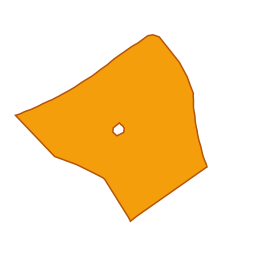 Tuban, Lahij, Yemen (Mercator projection), rotated 52°
{"feature_id": "15242507B16919721159288", "entity_name": "Tuban", "entity_type": "district", "adm_level": 2, "iso_a3": "YEM", "parent_name": "Yemen", "parent_adm1": "Lahij", "projection": "mercator", "projection_center": [44.806, 13.084], "detail": "fine", "context": "isolated", "style": "filled", "palette": "amber", "viewbox_px": 256, "rotation_deg": 52, "n_neighbors": 0, "source": "geoboundaries", "source_scale": "gbopen_adm2", "svg_char_len": 2478}
<svg xmlns="http://www.w3.org/2000/svg" viewBox="0 0 256 256"><g transform="rotate(52 128 128)"><path d="M203.0,183.5L202.9,176.0L203.0,173.4L203.3,166.7L203.8,157.3L205.4,126.4L207.2,90.5L207.4,89.8L206.9,89.5L204.5,88.6L204.4,88.5L201.8,87.9L199.3,87.1L196.7,86.3L194.1,85.2L191.8,84.1L189.2,82.9L186.8,81.8L184.4,80.9L181.8,79.9L179.2,78.7L176.8,77.6L174.5,76.3L172.1,74.9L169.7,73.9L167.2,72.6L164.8,71.3L162.4,69.8L160.3,68.3L157.9,66.9L155.6,65.7L153.1,64.4L150.8,62.8L148.7,61.1L146.6,59.4L144.2,57.8L142.1,56.3L141.0,55.2L135.3,53.5L123.8,49.8L107.9,47.1L90.1,47.2L87.9,47.2L81.7,47.3L76.7,47.3L75.3,47.4L70.0,50.9L69.8,51.2L67.5,55.5L67.4,57.6L67.1,68.7L66.7,70.4L66.1,75.2L65.3,90.1L65.0,97.1L65.1,97.4L65.1,98.2L65.1,99.1L65.1,100.0L65.2,101.1L65.2,102.0L65.3,102.9L65.4,103.9L65.4,104.8L65.4,105.6L65.4,106.6L65.4,107.5L65.3,108.4L65.2,109.5L65.2,110.4L65.1,111.5L65.1,112.4L65.0,113.3L65.0,114.1L65.0,115.2L65.0,115.5L65.0,116.3L65.0,117.2L65.0,118.3L65.0,119.2L65.0,120.3L65.0,121.3L65.0,122.4L64.9,123.5L64.9,124.6L64.8,125.4L64.6,126.4L64.6,127.3L64.5,128.2L64.4,129.1L64.3,130.1L64.1,131.2L64.0,132.1L63.9,133.3L63.8,134.1L63.7,135.0L63.6,136.0L63.5,136.9L63.4,137.8L63.4,138.8L63.4,139.7L63.3,140.7L63.2,141.6L63.2,142.6L63.1,143.6L63.0,144.6L62.9,145.5L62.9,146.3L62.7,147.3L62.6,148.2L62.5,149.1L62.4,150.0L62.2,151.1L62.1,152.0L61.9,152.9L61.8,153.9L61.6,154.8L61.4,155.8L61.3,156.8L61.1,157.7L60.9,158.7L60.8,159.8L60.6,160.9L60.5,161.7L60.4,162.6L60.2,163.5L60.0,164.6L59.8,165.5L59.6,166.5L59.5,167.4L59.3,168.3L59.2,169.2L59.0,170.1L58.8,171.0L58.5,171.9L58.3,172.8L58.0,173.6L57.7,174.7L57.5,175.6L57.3,176.5L57.1,177.4L56.9,178.3L56.6,179.2L56.4,180.1L56.2,181.1L56.1,182.0L55.9,183.0L55.8,183.9L55.6,184.7L55.4,185.8L55.2,186.6L55.2,186.8L54.9,187.8L54.7,188.6L54.5,189.4L54.3,190.4L54.0,191.3L53.9,192.2L53.6,193.0L53.4,193.9L53.1,194.7L52.7,195.7L52.4,196.6L52.1,197.4L51.8,198.3L51.6,199.1L51.3,200.2L51.1,201.1L50.9,202.0L50.7,203.0L50.5,203.8L50.2,204.8L50.0,205.6L49.7,206.4L49.4,207.3L49.1,208.0L48.7,208.9L99.8,203.9L105.2,203.4L125.6,190.8L130.4,188.5L131.0,188.2L146.5,180.8L148.3,180.0L148.3,179.9L150.6,179.0L151.8,178.4L152.9,178.2L154.5,178.0L165.7,179.2L167.7,179.4L175.8,180.2L177.8,180.5L183.7,181.1L192.5,182.0L198.6,182.6L201.2,183.1L201.6,183.2L203.0,183.5ZM118.8,139.5L118.7,131.6L121.6,131.4L122.7,130.8L126.1,131.2L128.8,134.2L127.3,141.6L121.9,142.5L118.8,139.5Z" fill="#f59e0b" stroke="#b45309" stroke-width="1.5"/></g></svg>